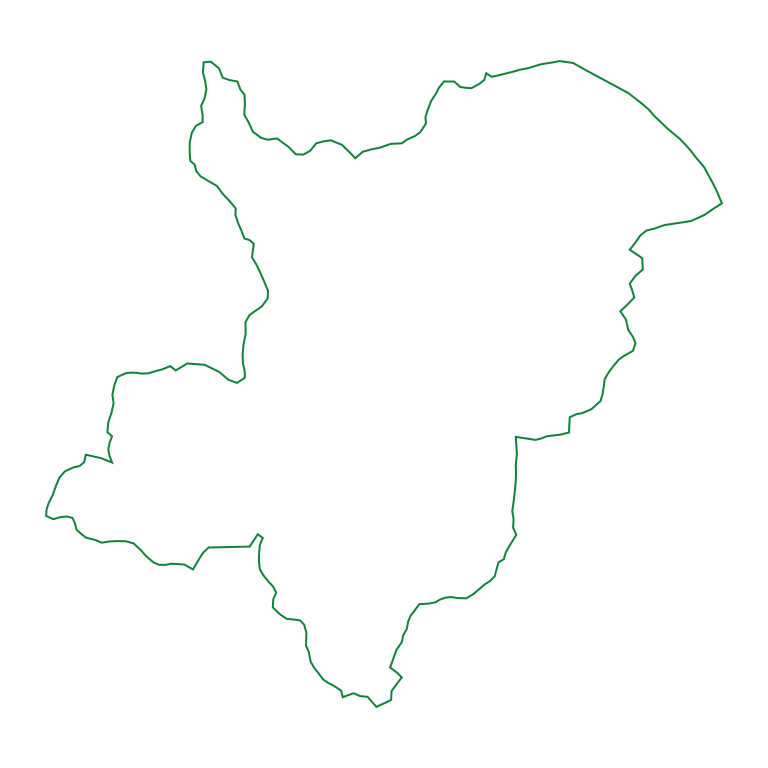 the district of São Manuel, São Paulo, Brazil
{"feature_id": "56859067B98570354886966", "entity_name": "São Manuel", "entity_type": "district", "adm_level": 2, "iso_a3": "BRA", "parent_name": "Brazil", "parent_adm1": "São Paulo", "projection": "mercator", "projection_center": [-48.563, -22.699], "detail": "fine", "context": "isolated", "style": "outline", "palette": "green", "viewbox_px": 768, "rotation_deg": 0, "n_neighbors": 0, "source": "geoboundaries", "source_scale": "gbopen_adm2", "svg_char_len": 3649}
<svg xmlns="http://www.w3.org/2000/svg" viewBox="0 0 768 768"><path d="M117.3,377.1L114.4,385.0L112.4,394.5L113.6,403.4L111.5,412.6L108.3,422.4L107.4,432.2L112.1,436.3L109.5,443.0L108.3,449.4L109.5,455.9L112.1,462.6L101.3,458.2L85.8,454.7L84.1,462.2L79.4,466.1L73.7,467.3L65.1,471.2L59.7,477.2L56.2,485.1L52.8,494.9L48.9,502.5L46.6,509.2L46.1,515.9L53.4,519.2L60.3,517.1L67.0,516.5L72.6,518.0L75.0,523.4L76.5,529.7L81.1,533.8L85.8,537.6L95.5,540.0L101.6,542.7L109.1,541.5L117.0,541.1L125.5,541.2L133.7,543.4L141.3,550.6L146.0,556.0L153.3,562.3L159.3,564.9L165.5,564.9L171.4,563.7L184.3,564.5L192.9,569.4L199.4,558.6L202.7,553.2L208.5,547.5L249.7,546.6L257.8,534.2L262.8,538.0L259.8,545.0L259.0,554.5L259.0,561.8L259.8,569.4L263.9,576.0L269.2,582.4L273.3,586.8L276.2,592.6L273.3,599.1L272.8,607.4L279.7,614.1L286.8,618.9L292.9,619.4L300.1,620.4L304.2,624.8L306.4,632.8L306.0,645.7L308.7,651.7L310.7,661.8L314.2,667.9L318.3,673.0L323.0,679.3L327.7,682.6L334.9,686.5L341.1,690.7L342.8,697.2L353.6,693.2L360.1,696.1L367.6,696.8L376.4,706.9L391.1,700.0L391.6,691.0L397.8,682.6L401.8,677.4L396.6,672.3L390.1,667.5L393.7,657.5L396.6,649.6L401.8,642.2L403.2,635.3L406.8,628.9L408.2,621.3L410.9,615.3L414.4,610.8L419.3,604.2L428.7,603.6L435.4,602.3L440.1,599.5L445.6,597.6L450.9,597.0L457.6,598.1L466.4,598.3L473.3,594.1L479.8,588.6L484.5,584.5L490.0,581.1L494.7,576.4L496.8,568.5L498.5,562.4L503.8,559.2L505.8,552.3L510.2,544.7L516.3,534.9L513.1,527.6L513.6,519.6L512.3,511.1L513.8,500.4L514.9,490.2L515.7,481.6L516.0,473.9L515.8,464.4L516.9,454.3L516.3,444.9L515.8,436.9L535.4,439.9L541.2,438.5L546.6,436.3L553.7,435.4L560.1,434.7L569.0,432.5L569.7,417.3L576.5,414.1L582.0,413.2L591.4,409.2L600.5,401.1L602.5,394.5L603.9,385.4L604.6,379.3L608.9,372.0L613.9,365.4L619.1,359.3L623.6,356.2L632.9,350.8L635.5,343.3L633.1,337.2L628.2,329.7L625.9,319.5L620.3,311.3L628.1,303.9L634.3,297.4L632.0,289.8L629.7,283.7L635.5,275.8L642.8,269.5L642.2,258.1L636.4,254.2L629.7,249.8L635.2,242.9L640.4,235.4L646.3,230.6L654.4,228.6L664.4,225.1L680.1,222.7L690.7,221.1L704.7,214.8L712.0,209.7L721.9,203.3L716.7,191.0L713.3,184.1L704.2,167.3L695.2,156.6L690.7,150.6L684.9,144.1L679.7,138.8L667.3,128.4L653.4,115.1L649.3,110.0L643.4,104.9L634.3,97.7L628.5,93.2L582.3,68.2L573.0,62.9L559.3,61.1L553.4,62.3L541.2,64.2L527.4,68.3L519.6,69.8L514.3,71.4L497.7,75.5L491.8,76.8L486.3,73.3L484.3,79.9L479.6,83.7L471.4,88.2L465.7,87.8L460.3,87.0L454.1,81.5L443.9,81.5L438.9,87.8L436.0,93.6L431.1,101.1L427.8,109.6L425.4,117.3L426.0,123.3L420.5,131.9L415.0,136.0L407.1,139.5L401.9,143.3L390.7,143.9L379.9,147.7L371.5,149.3L362.7,151.8L355.3,158.2L350.1,152.8L341.9,144.8L330.8,140.3L323.6,141.3L316.3,143.3L310.1,150.8L303.4,154.6L295.8,154.3L288.8,147.1L277.1,138.5L267.8,139.7L261.3,137.9L252.9,131.8L248.8,122.7L244.3,114.8L244.9,104.1L244.5,94.8L240.3,89.4L237.4,81.5L229.6,80.1L222.7,77.7L219.0,68.3L210.8,61.7L203.7,62.3L202.9,72.4L205.0,80.3L206.4,89.2L204.6,98.3L201.1,105.9L202.6,114.8L202.7,122.1L195.9,125.9L191.8,132.8L189.7,142.5L189.7,152.4L190.3,160.9L194.7,164.7L196.2,171.0L200.6,176.4L209.9,181.9L216.9,185.9L222.5,193.6L230.1,201.7L235.7,208.4L235.4,215.0L238.2,223.3L241.7,231.2L244.3,238.5L249.6,240.1L253.8,243.9L252.9,250.4L252.0,257.4L256.4,264.5L261.6,275.5L268.0,290.7L267.7,298.3L262.0,306.2L254.9,311.2L249.6,315.0L245.5,322.1L245.6,334.0L243.6,344.2L242.6,354.4L243.0,363.3L244.7,371.7L244.9,377.7L237.1,382.9L228.6,379.9L219.3,372.0L204.7,364.8L195.6,364.1L187.1,363.5L182.1,366.6L175.7,370.5L170.3,366.1L162.1,369.4L155.9,371.0L148.5,373.3L141.9,373.6L136.3,372.8L131.0,372.6L125.5,373.3L117.3,377.1Z" fill="none" stroke="#15803d" stroke-width="2"/></svg>